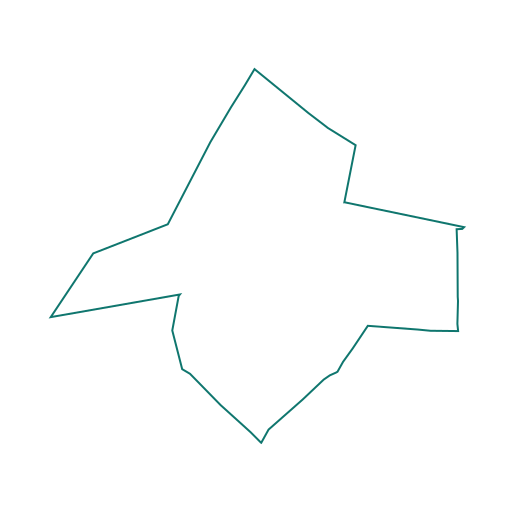 Plumtree, Matabeleland South, Zimbabwe, rotated 175°
{"feature_id": "62879985B2376154175895", "entity_name": "Plumtree", "entity_type": "district", "adm_level": 2, "iso_a3": "ZWE", "parent_name": "Zimbabwe", "parent_adm1": "Matabeleland South", "projection": "albers", "projection_center": [27.803, -20.508], "detail": "fine", "context": "isolated", "style": "outline", "palette": "teal", "viewbox_px": 512, "rotation_deg": 175, "n_neighbors": 0, "source": "geoboundaries", "source_scale": "gbopen_adm2", "svg_char_len": 725}
<svg xmlns="http://www.w3.org/2000/svg" viewBox="0 0 512 512"><g transform="rotate(175 256 256)"><path d="M46.2,266.6L136.6,293.8L163.1,301.8L163.3,301.8L147.1,357.7L173.4,377.4L174.2,378.2L191.4,393.9L241.2,442.3L252.2,427.1L267.9,406.4L291.5,373.5L341.1,295.3L417.9,272.8L465.8,213.0L335.2,224.3L336.5,222.9L345.9,189.1L339.4,149.7L332.0,144.4L304.2,110.5L276.8,81.0L267.7,70.1L267.4,69.8L267.3,69.7L266.8,70.2L266.7,70.0L258.6,82.0L222.1,108.9L199.3,127.0L194.2,129.9L192.8,130.7L186.4,132.9L184.9,133.6L178.5,143.0L167.8,155.4L163.7,160.5L150.7,176.7L101.0,168.6L88.7,166.3L61.2,163.6L61.3,170.8L58.7,193.5L58.6,197.8L55.0,241.6L53.8,265.2L48.2,265.0L46.2,266.6Z" fill="none" stroke="#0f766e" stroke-width="2"/></g></svg>